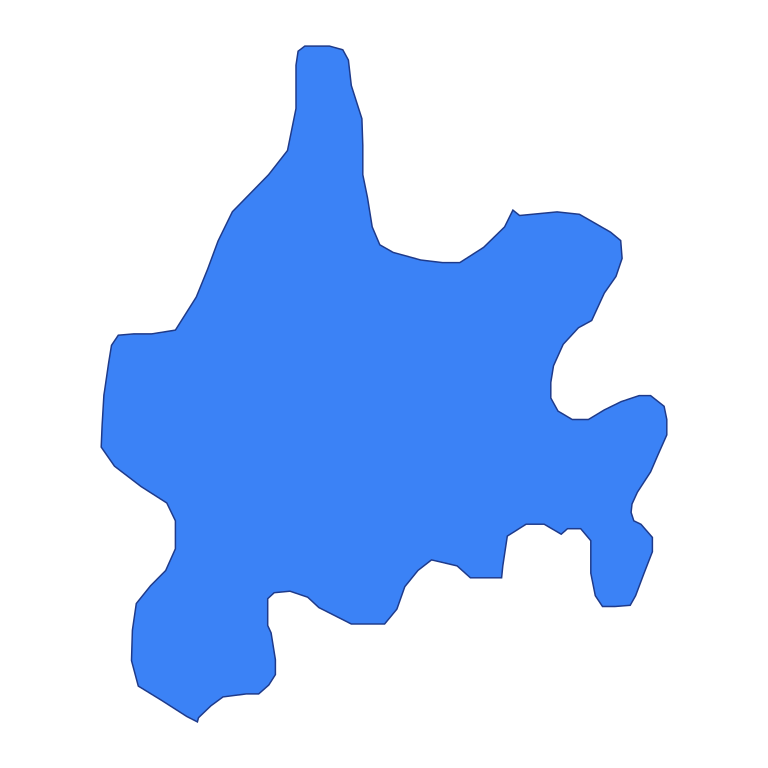 map outline of Gradsko (Mercator projection)
{"feature_id": "MKD-2930", "entity_name": "Gradsko", "entity_type": "Statistical Region", "adm_level": 1, "iso_a3": "MKD", "parent_name": "North Macedonia", "parent_adm1": "", "projection": "mercator", "projection_center": [21.909, 41.604], "detail": "fine", "context": "isolated", "style": "filled", "palette": "blue", "viewbox_px": 768, "rotation_deg": 0, "n_neighbors": 0, "source": "natural_earth", "source_scale": "10m", "svg_char_len": 1670}
<svg xmlns="http://www.w3.org/2000/svg" viewBox="0 0 768 768"><path d="M561.2,534.2L544.1,524.2L526.1,524.2L507.3,536.1L502.8,565.9L501.6,577.8L486.1,577.8L470.4,577.8L457.1,565.9L431.5,559.9L418.0,570.4L404.8,586.7L396.9,609.1L384.6,624.0L351.3,624.0L318.9,607.6L307.7,597.2L290.0,591.2L274.2,592.7L267.7,598.7L267.7,612.1L267.7,625.5L271.1,632.9L275.4,659.7L275.4,674.6L268.8,685.0L258.7,693.9L246.4,693.9L223.0,696.9L210.9,705.8L198.5,717.7L197.4,721.9L186.8,716.5L161.0,700.0L138.3,686.1L131.5,660.6L132.4,630.2L136.3,603.5L150.6,585.7L165.7,570.5L175.4,548.8L175.4,520.8L166.8,503.0L141.0,486.5L114.5,466.2L101.2,447.1L102.1,425.5L103.9,395.0L104.6,390.6L108.6,363.1L111.5,345.3L118.3,335.2L133.6,333.9L151.5,333.9L175.4,330.1L196.3,297.0L207.7,269.0L218.1,240.9L232.4,211.7L268.6,174.7L287.5,150.5L296.0,108.5L296.0,84.3L296.0,70.3L296.0,65.2L298.1,51.2L304.8,46.1L313.3,46.1L329.5,46.1L342.8,49.8L348.4,60.1L351.3,85.5L361.9,118.7L362.8,145.4L362.8,174.7L367.5,197.7L372.2,226.9L379.8,244.8L393.1,252.4L420.7,260.0L442.5,262.6L459.8,262.6L483.7,247.3L504.6,226.9L512.9,210.1L519.6,215.5L557.1,211.9L579.4,214.3L610.6,232.2L620.7,240.6L622.1,258.4L616.0,276.4L604.3,293.1L591.7,320.5L578.5,327.7L563.2,344.3L553.5,365.8L550.8,382.5L550.8,398.0L558.0,411.1L572.2,419.5L588.4,419.5L604.3,409.9L621.2,401.6L639.2,395.6L650.6,395.6L664.1,406.3L666.8,419.5L666.8,434.9L657.8,455.2L650.6,471.9L637.4,492.2L632.0,504.0L631.1,512.4L633.8,520.8L641.0,524.3L652.4,537.4L652.4,551.7L643.6,574.4L635.6,595.7L630.2,605.3L615.1,606.5L602.5,606.5L595.3,595.7L590.8,573.2L590.8,540.7L580.7,528.7L567.5,528.7L561.2,534.2Z" fill="#3b82f6" stroke="#1e3a8a" stroke-width="1.5"/></svg>